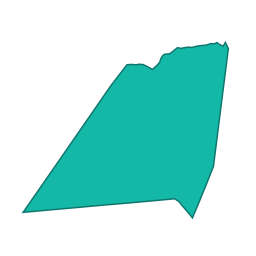 Martinópole, Ceará, Brazil (orthographic projection), rotated 279°
{"feature_id": "56859067B4010642262930", "entity_name": "Martinópole", "entity_type": "district", "adm_level": 2, "iso_a3": "BRA", "parent_name": "Brazil", "parent_adm1": "Ceará", "projection": "orthographic", "projection_center": [-40.613, -3.149], "detail": "fine", "context": "isolated", "style": "filled", "palette": "teal", "viewbox_px": 256, "rotation_deg": 279, "n_neighbors": 0, "source": "geoboundaries", "source_scale": "gbopen_adm2", "svg_char_len": 774}
<svg xmlns="http://www.w3.org/2000/svg" viewBox="0 0 256 256"><g transform="rotate(279 128 128)"><path d="M49.4,205.7L65.2,209.6L68.8,210.5L73.3,211.5L82.0,213.6L103.4,218.4L157.1,216.7L222.2,214.7L227.7,210.8L223.7,209.2L225.0,204.8L226.3,202.6L224.7,200.1L224.3,196.6L222.1,192.2L220.9,187.5L219.6,183.2L217.7,179.0L217.1,174.1L215.9,170.5L214.9,167.9L215.1,164.3L210.6,160.2L207.9,157.6L207.2,155.0L206.3,152.1L204.2,150.6L201.6,149.6L198.2,149.1L195.0,147.3L192.5,145.3L189.7,143.0L191.9,136.8L193.0,133.0L192.7,128.8L191.7,126.2L191.3,121.2L190.3,117.1L167.4,104.6L122.3,82.9L86.7,65.8L28.3,37.6L32.9,55.9L46.9,111.4L54.1,140.6L61.5,169.9L65.4,185.1L63.5,189.5L61.2,192.1L59.2,194.4L52.6,202.1L49.4,205.7Z" fill="#14b8a6" stroke="#0f766e" stroke-width="1.5"/></g></svg>